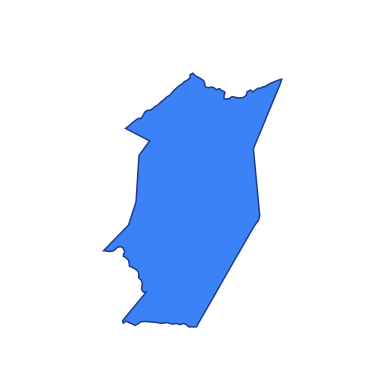 outline of Paraíba do Sul, Rio de Janeiro, Brazil, rotated 221°
{"feature_id": "56859067B2096701978992", "entity_name": "Paraíba do Sul", "entity_type": "district", "adm_level": 2, "iso_a3": "BRA", "parent_name": "Brazil", "parent_adm1": "Rio de Janeiro", "projection": "natural_earth1", "projection_center": [-43.283, -22.187], "detail": "fine", "context": "isolated", "style": "filled", "palette": "blue", "viewbox_px": 384, "rotation_deg": 221, "n_neighbors": 0, "source": "geoboundaries", "source_scale": "gbopen_adm2", "svg_char_len": 2059}
<svg xmlns="http://www.w3.org/2000/svg" viewBox="0 0 384 384"><g transform="rotate(221 192 192)"><path d="M100.1,93.3L100.9,96.1L104.0,112.0L106.0,122.1L107.8,131.3L111.4,149.1L117.0,177.7L119.0,188.1L119.9,192.3L121.0,198.3L122.6,206.8L123.4,214.5L125.3,218.5L154.3,246.1L174.1,265.0L179.3,280.5L180.4,284.0L181.2,286.4L187.4,304.6L188.4,307.7L191.3,316.3L196.2,331.1L198.3,336.0L200.5,332.6L202.0,329.6L203.1,327.4L204.2,325.3L205.2,322.2L206.1,319.4L207.6,317.5L208.5,315.2L210.2,313.7L211.1,310.5L211.9,307.3L214.8,307.3L216.1,304.0L214.5,300.4L215.5,296.5L218.1,293.9L220.7,292.2L223.2,291.1L224.7,289.5L225.2,286.8L227.3,284.6L229.0,283.3L231.0,285.7L232.3,288.8L234.4,288.7L236.8,287.9L238.9,288.1L241.0,285.1L243.6,285.2L246.1,284.1L247.8,281.7L249.7,280.5L251.7,280.2L253.1,282.0L256.1,283.6L259.2,283.3L262.5,282.7L265.1,282.0L267.0,282.0L269.3,282.3L270.4,279.1L268.3,276.9L269.0,273.1L270.2,270.0L270.3,267.3L271.2,264.4L271.8,260.7L272.2,257.3L272.2,253.6L272.2,250.2L273.3,247.6L273.8,243.1L274.5,239.9L274.7,237.3L274.9,234.8L276.0,232.4L276.2,230.1L277.0,226.7L279.0,224.6L280.0,222.3L279.8,220.1L278.9,217.0L278.8,213.8L280.5,212.8L281.5,209.8L281.9,207.5L282.4,205.1L282.7,202.9L283.1,199.8L283.9,196.4L279.5,197.5L273.3,198.9L257.5,202.8L256.0,184.9L232.7,154.3L230.9,152.0L228.3,148.6L226.7,145.4L218.2,125.4L220.2,89.7L218.1,91.3L215.9,92.4L214.3,94.0L212.8,95.9L212.2,98.7L211.9,101.5L210.3,103.7L207.9,104.7L205.9,103.8L203.5,102.8L202.9,100.2L201.4,98.3L199.1,99.3L197.1,98.8L195.0,98.9L193.2,97.4L190.5,95.0L187.8,95.9L185.2,96.4L182.6,96.9L180.0,96.4L177.8,94.7L176.2,92.3L172.8,92.2L170.7,91.2L169.0,89.9L168.0,88.0L166.2,85.4L163.2,84.5L160.9,86.3L159.9,49.2L157.8,48.0L157.1,51.2L155.1,51.9L152.8,52.3L150.4,53.4L147.4,53.9L146.1,57.7L145.6,60.4L143.1,62.9L141.3,64.5L138.5,66.4L136.5,68.0L132.9,70.4L129.3,72.6L126.8,75.1L124.9,77.4L121.4,78.6L119.0,80.7L117.4,82.8L115.0,83.5L113.3,84.8L112.6,87.0L109.9,88.1L107.6,88.1L105.7,88.2L103.7,90.2L102.1,91.3L100.1,93.3Z" fill="#3b82f6" stroke="#1e3a8a" stroke-width="1.5"/></g></svg>